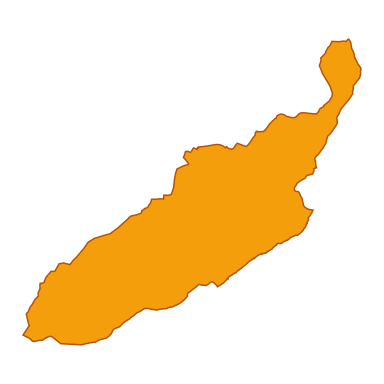 outline of Galautas, Harghita, Romania
{"feature_id": "2599482B19771129677833", "entity_name": "Galautas", "entity_type": "district", "adm_level": 2, "iso_a3": "ROU", "parent_name": "Romania", "parent_adm1": "Harghita", "projection": "equal_earth", "projection_center": [25.388, 46.905], "detail": "fine", "context": "isolated", "style": "filled", "palette": "amber", "viewbox_px": 384, "rotation_deg": 0, "n_neighbors": 0, "source": "geoboundaries", "source_scale": "gbopen_adm2", "svg_char_len": 6003}
<svg xmlns="http://www.w3.org/2000/svg" viewBox="0 0 384 384"><path d="M313.0,210.1L311.6,209.8L309.9,209.6L308.0,209.1L305.1,207.4L304.1,206.4L303.5,205.1L303.1,203.4L302.1,198.8L300.9,196.6L299.8,194.1L299.2,192.6L298.4,191.8L297.0,191.4L295.7,191.5L294.9,190.7L294.3,189.0L294.5,187.5L295.8,185.8L296.8,184.0L296.9,183.2L297.9,182.8L299.3,181.5L305.4,177.9L306.0,176.6L306.8,175.6L307.8,175.2L308.2,175.2L310.2,174.6L312.5,174.1L313.8,171.6L313.9,169.8L313.7,168.7L314.1,168.6L316.5,167.7L315.8,165.4L315.5,161.1L314.6,158.9L314.9,158.3L315.5,157.4L316.1,156.5L317.1,155.2L317.5,154.8L317.9,154.8L319.3,153.1L320.8,150.9L323.1,148.0L324.1,146.0L325.2,144.4L325.8,143.1L326.4,141.7L326.5,140.3L327.4,137.1L328.0,135.8L329.4,134.7L330.6,133.4L336.0,125.7L337.2,123.3L337.2,120.0L336.7,118.4L336.9,116.8L338.6,114.7L340.1,110.9L341.3,108.7L349.0,99.4L350.7,97.0L351.5,95.5L352.7,94.0L352.6,91.3L353.3,88.8L353.4,87.1L353.3,86.1L353.9,84.9L355.6,83.2L357.1,80.9L358.4,79.6L359.6,77.8L360.2,75.9L360.7,73.6L360.4,71.6L361.0,69.1L360.7,67.9L357.3,62.9L355.5,58.8L354.8,57.9L354.5,56.5L354.3,55.2L353.3,51.5L351.8,48.9L350.7,42.3L348.8,39.2L347.8,39.5L345.9,41.5L344.0,41.1L342.5,41.2L339.1,41.7L331.9,41.4L330.4,45.0L329.1,46.5L328.0,47.4L326.9,49.8L325.8,51.5L325.5,53.0L324.5,54.3L320.8,57.9L321.1,60.2L320.3,63.1L319.3,65.7L320.8,68.9L322.5,73.5L328.4,83.2L330.5,87.4L332.4,93.4L331.9,96.7L329.2,101.1L324.4,105.0L323.7,105.5L323.6,106.1L323.1,107.0L322.0,107.4L321.3,107.8L319.7,109.0L319.2,109.8L319.2,110.8L316.4,114.0L309.6,113.4L304.5,112.8L300.8,112.9L298.8,113.9L296.3,116.6L294.7,117.6L291.2,117.5L286.8,116.5L284.6,115.0L282.4,114.2L280.7,114.1L278.8,114.7L277.8,115.3L276.8,116.2L276.4,117.2L276.1,118.5L275.0,118.6L274.0,119.7L272.1,121.3L271.5,122.1L270.5,123.0L269.8,123.6L265.1,130.4L264.5,130.3L263.6,131.5L262.7,131.5L257.5,131.9L257.0,131.1L256.1,131.6L255.6,132.4L255.1,133.7L255.2,135.2L252.8,138.1L250.4,141.8L248.8,144.0L247.6,145.3L246.2,146.5L240.3,144.4L237.3,143.2L235.5,145.3L234.1,147.7L233.0,148.7L231.8,149.1L230.1,148.9L228.1,148.2L226.7,146.7L225.9,147.1L225.3,147.8L223.6,146.4L222.0,145.5L220.6,145.0L219.0,144.6L217.2,144.5L215.6,144.6L212.4,145.1L206.1,146.2L199.3,147.0L198.5,146.9L198.4,147.9L197.4,147.7L197.3,148.7L197.1,149.3L193.6,147.9L192.6,149.1L191.6,151.2L191.2,151.8L190.4,152.2L189.7,152.2L188.2,151.5L187.3,151.3L186.4,151.3L185.9,151.7L185.4,151.8L185.2,152.1L185.1,152.8L185.1,153.5L183.4,157.5L185.7,159.9L188.3,163.3L188.5,164.1L188.1,164.6L185.5,165.2L183.5,165.8L177.0,169.0L175.6,173.3L174.6,178.6L173.6,187.8L171.4,194.1L168.7,195.4L163.9,195.1L163.6,199.0L159.4,198.8L156.8,199.2L151.5,199.3L150.9,202.4L149.2,204.9L148.8,205.0L148.4,206.2L147.3,207.6L144.3,208.7L143.8,209.7L142.4,210.2L141.7,210.8L141.6,212.6L140.0,213.7L136.5,214.8L131.2,216.0L129.0,217.5L127.8,219.1L117.8,228.0L109.8,233.9L105.3,235.0L94.4,238.4L89.0,241.6L87.6,242.9L84.1,248.1L76.5,257.2L73.5,260.0L69.9,264.6L63.7,263.0L59.1,263.8L54.8,271.3L51.0,271.4L46.2,277.1L44.4,280.9L44.1,282.5L43.2,283.1L40.2,283.3L39.9,285.0L40.0,288.8L38.2,292.6L38.3,296.1L34.9,299.6L32.2,304.4L31.8,305.0L31.0,305.8L30.1,307.3L27.9,312.3L27.2,312.8L26.5,313.5L26.4,314.6L28.5,323.6L29.3,325.6L23.0,335.1L29.5,338.3L32.3,341.1L34.4,341.5L39.3,340.3L41.0,340.4L43.1,339.9L45.9,337.9L47.8,337.0L49.5,336.4L51.0,336.4L52.0,336.8L52.9,337.4L60.8,343.7L81.5,344.8L86.0,343.6L87.6,343.5L89.8,342.7L91.2,342.8L93.2,342.2L94.9,342.2L95.7,342.0L97.6,340.8L98.6,340.3L100.0,339.7L105.2,338.4L106.5,338.0L107.4,337.4L108.3,336.6L109.2,335.9L111.5,333.4L111.7,332.8L113.2,329.8L113.7,329.3L115.1,328.5L119.5,326.8L121.9,324.3L124.6,322.0L127.1,320.3L129.1,319.2L131.5,317.0L133.4,315.8L137.1,312.7L138.2,312.2L139.5,311.7L140.9,311.0L142.2,309.8L143.4,309.3L144.5,308.6L145.2,308.4L146.6,308.6L147.5,308.3L151.5,309.3L157.0,310.1L158.7,309.6L160.5,309.1L162.8,308.9L164.2,308.6L164.8,308.8L166.3,308.6L167.4,308.2L168.0,307.8L169.5,307.4L169.9,307.1L170.4,307.0L171.1,307.1L171.9,307.1L172.6,306.7L173.3,306.5L174.6,305.7L177.0,304.9L180.0,303.1L183.6,300.5L187.3,296.4L187.5,294.0L188.0,293.0L188.8,292.4L190.2,291.7L191.5,290.4L195.3,287.6L199.1,284.3L200.9,285.0L205.8,285.4L206.4,285.5L208.9,283.8L210.0,282.7L210.9,282.0L212.1,281.9L213.6,282.5L214.5,283.2L217.0,285.9L217.4,286.8L218.6,286.0L220.9,284.7L223.7,282.7L227.2,279.2L227.1,278.9L227.5,278.7L228.2,278.8L228.1,277.8L229.8,276.0L230.6,275.9L230.9,275.4L232.0,275.2L232.5,274.4L233.6,273.9L234.4,273.1L234.9,272.9L235.9,272.9L237.7,270.7L238.9,270.1L239.9,269.1L241.1,268.6L243.2,266.5L245.5,265.0L246.0,264.3L247.7,262.9L248.1,262.4L248.2,262.0L248.6,261.9L250.5,260.5L251.2,260.2L251.5,259.7L252.0,259.7L252.1,259.3L252.7,259.0L253.3,258.9L253.4,258.5L253.7,258.2L253.9,258.5L254.2,258.6L254.5,258.5L254.6,258.0L255.5,257.5L256.3,256.5L257.3,256.0L258.9,254.9L259.9,254.4L260.2,254.2L260.5,254.2L261.0,254.3L261.5,253.8L261.8,253.8L262.3,254.1L263.5,253.4L264.3,253.2L265.8,253.1L266.4,252.7L266.7,252.2L267.3,252.0L267.4,251.7L267.6,251.4L268.1,251.4L271.2,249.4L271.8,249.2L272.3,248.9L272.8,247.9L273.6,247.3L274.0,246.6L274.6,246.3L275.4,245.7L276.3,245.4L276.7,244.9L276.7,244.2L277.2,244.0L277.4,243.6L277.8,243.4L278.3,243.3L278.8,243.5L279.2,243.5L279.7,243.6L280.5,243.6L281.0,243.5L281.6,243.2L283.2,242.0L285.4,241.0L285.7,240.6L286.0,240.4L287.1,240.4L287.6,240.2L288.6,239.2L289.6,238.6L290.0,237.8L290.5,237.5L290.9,237.4L293.2,236.2L293.7,236.2L294.2,235.8L295.2,235.3L297.3,235.3L297.9,235.0L299.8,233.7L300.6,232.8L301.4,232.2L301.8,231.7L303.0,230.5L303.4,230.0L303.9,228.5L304.7,228.2L304.9,227.8L305.2,227.5L305.4,227.2L305.6,226.8L305.8,226.0L306.0,225.6L306.0,225.4L306.1,225.2L306.5,224.7L306.3,224.3L306.3,224.1L306.5,223.9L307.0,223.8L307.2,223.6L307.2,223.3L307.0,223.0L306.9,222.5L307.2,222.0L307.9,221.2L308.0,220.5L308.4,219.8L308.6,219.6L308.6,219.3L308.1,218.2L308.3,217.6L309.3,216.7L310.8,214.4L312.3,211.8L312.5,211.0L312.8,210.3L313.0,210.1Z" fill="#f59e0b" stroke="#b45309" stroke-width="1.5"/></svg>